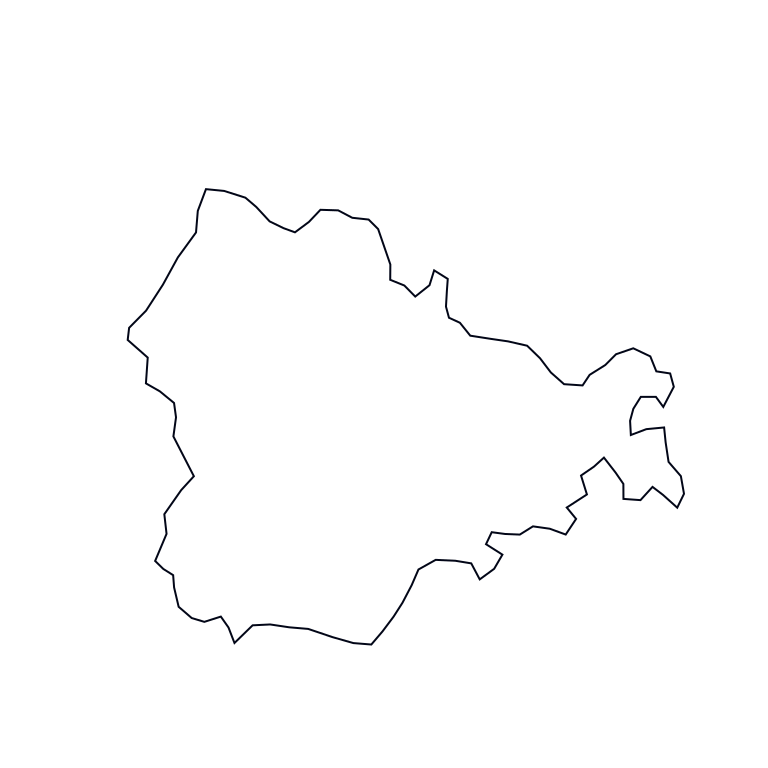 Jupiá, Santa Catarina, Brazil, rotated 251°
{"feature_id": "56859067B89347281349045", "entity_name": "Jupiá", "entity_type": "district", "adm_level": 2, "iso_a3": "BRA", "parent_name": "Brazil", "parent_adm1": "Santa Catarina", "projection": "natural_earth1", "projection_center": [-52.726, -26.402], "detail": "fine", "context": "isolated", "style": "outline", "palette": "ink", "viewbox_px": 768, "rotation_deg": 251, "n_neighbors": 0, "source": "geoboundaries", "source_scale": "gbopen_adm2", "svg_char_len": 1594}
<svg xmlns="http://www.w3.org/2000/svg" viewBox="0 0 768 768"><g transform="rotate(251 384 384)"><path d="M434.4,179.3L420.2,176.5L403.0,167.8L358.7,174.2L349.7,157.7L332.4,133.9L313.1,129.6L291.2,110.0L281.0,115.1L271.9,122.4L260.0,119.3L240.2,117.3L225.3,126.0L217.6,136.7L217.2,154.0L204.4,157.7L187.8,158.3L198.6,181.2L193.7,198.1L184.8,215.2L177.1,232.6L161.5,252.8L149.0,270.7L141.8,287.2L150.6,302.1L160.9,317.3L171.1,330.2L184.8,344.7L197.4,356.2L200.9,375.6L193.7,393.8L186.0,408.1L168.1,410.9L173.4,428.0L184.1,440.4L199.3,428.3L208.8,437.6L202.8,449.6L197.4,463.4L200.9,478.5L193.2,493.6L182.5,506.8L193.9,521.7L207.7,516.6L213.5,539.9L233.3,540.5L237.5,555.6L242.8,568.0L224.9,574.1L211.6,577.8L197.4,573.0L190.7,588.7L199.3,604.4L188.3,611.7L171.6,621.0L182.5,631.9L200.2,634.7L217.7,627.7L237.2,631.3L251.7,634.7L255.9,617.3L255.4,600.8L269.1,604.7L279.4,611.7L288.2,622.6L283.3,636.9L271.4,640.6L287.0,657.1L300.8,658.0L307.3,645.6L323.4,644.8L336.6,631.3L336.6,613.1L329.9,599.4L325.7,581.4L318.0,571.3L325.2,554.2L340.6,545.5L357.6,539.9L373.6,531.8L383.9,515.2L392.0,499.5L401.6,481.3L417.2,475.7L425.5,467.0L437.0,467.8L451.4,473.7L462.6,478.5L475.1,468.4L462.6,459.2L456.5,442.0L470.5,435.3L480.5,423.8L494.9,428.9L511.7,428.9L532.4,428.9L544.5,423.0L551.5,408.1L563.1,397.2L569.4,380.6L561.7,365.8L556.4,349.2L564.1,339.7L575.0,328.8L592.9,320.9L605.3,313.6L618.6,295.7L626.2,279.1L608.3,264.3L588.5,255.6L570.8,230.3L549.9,207.3L530.8,182.9L520.1,161.3L509.1,156.0L485.9,169.2L462.1,159.1L450.0,169.7L434.4,179.3Z" fill="none" stroke="#020617" stroke-width="2"/></g></svg>